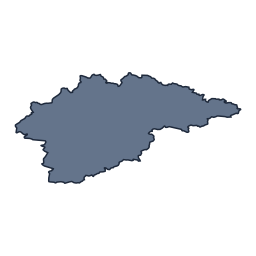 SVG path tracing the border of Novgorod
{"feature_id": "RUS-2334", "entity_name": "Novgorod", "entity_type": "Region", "adm_level": 1, "iso_a3": "RUS", "parent_name": "Russia", "parent_adm1": "", "projection": "natural_earth1", "projection_center": [32.749, 58.181], "detail": "fine", "context": "isolated", "style": "filled", "palette": "slate", "viewbox_px": 256, "rotation_deg": 0, "n_neighbors": 0, "source": "natural_earth", "source_scale": "10m", "svg_char_len": 5744}
<svg xmlns="http://www.w3.org/2000/svg" viewBox="0 0 256 256"><path d="M188.9,87.2L189.1,88.8L189.7,89.2L191.5,89.7L193.1,89.3L193.7,89.4L193.9,89.6L193.8,90.1L192.4,92.3L196.4,93.2L196.9,94.2L197.2,94.3L198.5,94.2L199.0,94.3L199.0,95.1L199.5,95.4L200.3,95.4L202.6,94.5L203.9,94.7L204.0,95.1L203.0,96.6L202.5,99.9L203.1,100.0L205.0,99.2L205.6,99.3L205.4,100.0L205.5,100.6L206.1,101.4L207.3,102.1L208.1,102.1L208.4,100.9L208.8,100.4L211.8,98.6L215.4,98.7L215.9,99.1L216.6,99.2L218.9,99.1L219.1,99.2L219.3,99.8L220.0,99.9L221.4,99.8L222.6,99.1L223.3,99.1L223.9,99.4L226.2,101.1L226.1,101.4L225.2,101.3L224.4,101.5L224.3,102.1L224.7,102.5L225.5,102.9L226.8,103.0L228.5,102.6L230.9,102.6L231.3,102.8L231.7,103.6L232.0,103.8L233.4,104.0L234.5,104.6L236.2,104.8L236.8,105.1L237.0,106.4L237.5,107.4L237.1,108.3L237.3,108.6L237.9,108.8L240.0,108.8L240.5,109.1L240.6,109.6L239.4,110.4L239.0,110.8L238.5,112.1L238.5,112.6L238.2,113.3L237.2,113.6L236.6,113.3L235.8,113.4L232.6,114.8L231.2,115.2L230.6,115.7L231.0,117.0L227.1,117.2L225.1,116.6L218.2,116.0L217.3,116.0L215.8,116.7L213.8,117.3L211.6,116.8L209.6,118.5L208.7,118.7L207.5,118.7L207.3,118.8L207.4,119.2L208.0,120.0L207.5,121.5L207.8,123.3L207.6,124.1L204.8,125.1L203.6,125.9L201.6,126.3L200.4,127.0L199.8,127.0L198.7,126.1L197.6,126.2L196.8,125.4L193.1,125.7L191.2,125.1L190.5,125.2L188.5,126.2L188.0,126.6L187.8,127.1L188.8,128.2L188.8,128.4L188.2,129.1L188.8,131.2L188.8,131.6L188.5,132.0L187.6,132.3L186.7,132.2L183.8,130.8L182.3,130.8L181.9,130.4L181.6,129.6L181.1,129.3L169.2,126.6L167.1,127.3L166.0,127.4L165.4,127.2L165.1,126.4L164.4,126.1L164.1,126.3L162.3,128.1L160.1,129.4L157.6,129.5L154.7,128.8L153.3,129.0L152.7,129.3L151.9,130.1L151.9,130.3L152.3,130.9L152.2,131.3L150.6,131.4L149.2,132.5L148.5,133.3L148.7,133.7L150.2,134.3L151.7,134.2L153.6,135.7L153.9,136.9L153.5,137.5L154.1,139.0L154.2,139.5L153.8,140.2L153.0,141.1L150.3,142.0L149.8,142.3L149.5,144.5L149.1,145.6L149.2,146.9L148.5,148.2L146.5,149.7L145.1,149.6L144.2,149.8L141.2,151.1L141.0,151.6L141.6,153.1L140.7,155.0L140.4,155.2L138.7,155.5L138.3,155.7L138.2,156.0L138.5,157.9L140.0,160.2L140.2,160.9L138.6,161.1L138.2,160.9L137.8,160.1L137.5,160.0L133.3,159.3L133.1,159.5L133.3,160.1L133.2,160.3L131.9,160.7L128.0,159.9L126.2,160.0L123.6,159.6L121.9,161.2L119.4,162.1L119.1,162.5L119.2,163.1L119.0,163.9L118.6,164.7L118.2,165.3L116.9,166.0L114.5,166.6L113.6,167.1L113.2,167.7L112.2,167.7L110.9,168.1L109.7,169.5L109.2,169.6L107.5,169.3L105.9,168.0L105.1,167.8L104.5,167.9L104.5,168.5L105.2,169.4L105.2,170.9L105.1,171.3L103.0,171.8L99.9,172.0L98.9,173.3L97.2,173.6L95.4,174.7L94.4,174.9L94.1,175.2L93.6,176.2L93.4,176.4L93.0,176.3L91.8,175.0L89.5,175.9L88.7,176.0L87.0,175.5L85.7,175.5L85.5,176.0L84.4,176.9L84.1,177.6L84.0,178.3L84.4,179.7L83.4,180.0L82.4,181.1L80.7,181.9L79.5,182.9L78.0,182.7L76.3,183.0L75.3,182.9L73.8,182.6L72.3,181.7L71.6,181.5L69.8,181.8L65.0,183.2L64.5,183.1L64.1,182.5L63.5,182.2L61.0,181.7L56.9,182.1L56.3,182.6L55.3,182.9L54.0,182.2L50.1,181.9L48.9,181.6L48.7,180.9L48.8,177.9L49.6,173.7L48.7,172.3L48.7,171.9L49.4,171.3L51.7,170.7L51.8,170.1L52.7,169.8L53.0,169.5L53.3,168.7L44.4,166.0L42.7,164.9L42.0,164.2L41.9,163.9L43.3,163.3L43.7,162.8L43.7,161.9L43.5,159.7L43.6,158.7L45.5,156.5L47.8,152.7L44.7,151.2L43.1,149.8L43.1,149.5L44.5,148.0L44.8,147.5L44.7,147.0L41.7,146.0L41.1,145.6L41.2,145.4L44.1,144.8L44.7,144.3L45.8,142.3L45.8,141.7L45.6,141.3L45.2,140.8L32.8,139.7L31.7,139.0L29.5,138.4L24.9,138.2L24.3,137.6L24.3,136.9L27.2,134.8L27.3,134.5L27.2,134.1L26.4,134.1L25.3,134.7L24.6,134.7L23.3,134.1L21.0,132.1L20.2,131.7L18.8,131.8L17.1,132.7L16.4,132.7L16.1,132.4L16.7,128.4L16.7,127.8L15.6,126.6L15.4,125.9L15.5,125.0L16.7,124.1L19.4,122.5L19.8,122.1L20.6,121.0L21.3,120.4L24.8,118.5L25.6,117.2L26.5,116.2L27.5,116.0L28.8,116.2L29.6,115.2L31.6,114.2L31.8,113.8L31.3,113.4L31.4,112.8L33.2,112.3L31.1,109.2L30.6,108.0L30.5,107.6L30.8,106.5L31.5,105.3L31.5,104.8L31.1,104.1L31.0,103.6L31.1,103.4L33.0,102.2L33.9,102.0L35.6,102.6L36.5,102.4L37.2,102.5L37.9,103.2L39.3,103.5L40.2,104.3L40.9,104.5L41.7,104.5L44.5,103.5L46.5,103.2L48.0,103.3L51.7,102.8L52.1,102.3L52.3,99.9L52.5,99.3L53.6,98.1L58.8,94.6L60.5,92.8L61.1,91.4L61.2,89.1L61.9,88.5L62.7,88.2L64.1,88.0L65.0,88.6L67.1,88.4L67.3,88.6L67.5,89.4L68.5,90.7L70.6,92.6L72.3,92.4L72.6,92.1L72.4,91.5L72.8,90.8L73.6,90.2L74.5,89.1L75.9,88.6L77.3,87.7L78.3,86.1L78.5,84.3L79.3,83.0L80.8,82.5L80.9,82.3L81.0,81.6L80.2,80.9L80.0,80.2L80.3,78.9L80.4,78.1L80.1,76.3L80.2,75.9L80.8,75.6L81.9,75.7L84.8,76.6L86.5,77.2L87.6,77.9L89.4,78.1L90.1,78.0L90.4,77.7L90.9,77.1L92.0,75.3L93.1,74.6L94.0,74.3L94.8,75.1L96.3,75.4L98.4,75.1L100.2,74.5L100.5,74.7L100.9,75.7L101.1,76.1L103.2,77.2L103.5,77.8L103.8,79.0L105.3,79.2L105.7,79.8L106.5,80.4L106.7,80.7L106.6,81.5L105.8,82.4L105.9,82.7L106.2,83.0L106.9,83.2L107.1,82.7L107.7,82.6L110.1,82.8L111.5,83.3L113.0,83.2L114.3,83.7L115.8,83.8L117.4,84.4L117.7,84.7L117.8,85.5L118.2,86.3L119.4,86.0L120.0,85.5L121.8,83.0L122.0,82.3L121.3,81.5L120.9,80.6L120.9,80.0L121.0,79.8L122.9,78.4L124.8,76.5L126.1,76.2L127.7,75.1L128.2,74.6L128.3,73.6L128.6,73.0L129.2,72.8L130.3,72.9L130.7,73.2L131.7,74.7L132.1,74.9L133.3,75.0L135.7,75.6L137.6,76.6L138.3,77.4L138.7,77.6L140.3,77.8L141.5,77.7L141.8,77.3L142.0,75.2L147.6,75.4L149.0,76.1L150.6,76.7L151.5,77.9L151.8,78.1L153.6,78.3L154.6,78.7L155.9,80.3L157.7,81.5L157.8,81.7L157.8,82.2L158.1,82.5L159.1,83.1L159.5,83.1L160.1,82.5L160.9,82.5L161.4,83.6L162.2,84.4L162.9,84.9L164.0,85.2L165.3,85.4L166.4,85.2L167.7,85.4L167.8,85.2L167.9,84.7L168.4,84.2L169.3,84.1L171.3,84.3L172.1,83.4L172.6,83.0L173.9,83.6L176.5,84.0L177.3,84.3L178.0,85.1L178.7,85.5L181.0,85.8L182.0,86.6L182.9,87.0L185.6,86.6L188.9,87.2Z" fill="#64748b" stroke="#1e293b" stroke-width="1.5"/></svg>